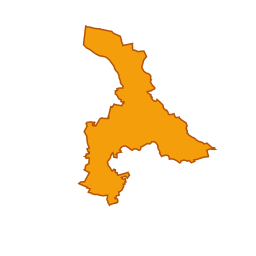 Apahida, Cluj, Romania (Equal Earth projection), rotated 29°
{"feature_id": "2599482B3126144168162", "entity_name": "Apahida", "entity_type": "district", "adm_level": 2, "iso_a3": "ROU", "parent_name": "Romania", "parent_adm1": "Cluj", "projection": "equal_earth", "projection_center": [23.734, 46.787], "detail": "fine", "context": "isolated", "style": "filled", "palette": "amber", "viewbox_px": 256, "rotation_deg": 29, "n_neighbors": 0, "source": "geoboundaries", "source_scale": "gbopen_adm2", "svg_char_len": 5910}
<svg xmlns="http://www.w3.org/2000/svg" viewBox="0 0 256 256"><g transform="rotate(29 128 128)"><path d="M213.5,103.4L211.0,104.4L204.4,103.0L203.3,104.1L202.0,105.0L201.6,105.0L200.9,104.7L199.4,104.6L199.1,104.9L196.9,105.3L194.8,105.5L191.1,104.7L188.1,104.9L184.5,104.7L183.2,103.8L182.1,103.9L181.5,102.0L180.9,101.5L179.7,101.0L179.7,100.4L178.8,99.9L178.8,99.2L178.6,98.4L178.8,97.6L176.2,95.3L174.6,95.3L172.2,95.0L171.1,95.1L169.8,94.7L168.3,94.5L167.6,93.7L165.4,95.3L164.8,95.5L163.9,95.5L161.2,93.2L159.4,95.2L156.8,96.5L155.2,94.7L154.1,94.3L153.6,93.8L153.1,93.7L152.9,94.1L152.5,94.2L150.7,93.6L149.3,93.4L148.7,92.7L148.4,92.1L147.4,91.0L144.1,90.0L139.5,89.0L139.7,89.9L139.6,90.5L139.3,91.0L138.6,91.5L137.0,91.7L134.1,90.6L134.3,89.8L133.8,89.7L133.8,89.3L132.1,89.1L132.3,88.0L128.1,87.6L127.2,87.0L129.8,84.6L129.6,84.6L130.6,83.7L130.6,83.1L131.0,82.7L131.7,81.6L132.1,81.3L132.2,80.1L131.1,79.5L128.5,78.8L126.3,77.4L125.1,76.7L125.0,74.5L124.1,74.6L123.8,73.5L123.2,72.7L123.0,71.9L122.2,71.2L120.7,70.7L118.7,70.7L117.0,71.1L114.2,70.7L112.8,69.6L111.3,68.9L110.3,67.3L109.9,65.2L109.0,62.0L108.9,60.3L109.1,58.7L109.2,58.0L109.7,56.8L108.3,55.5L107.4,55.0L104.5,53.0L103.8,53.7L101.9,54.6L100.3,56.2L99.6,56.2L98.6,56.6L97.7,56.5L96.3,56.7L94.2,57.3L91.3,52.7L91.0,51.9L83.4,58.4L82.8,57.3L81.2,56.3L78.6,53.3L76.8,51.6L76.2,51.5L71.3,52.1L69.5,52.1L68.0,51.8L67.3,51.5L66.3,51.5L65.5,51.8L64.7,52.3L61.0,53.3L60.2,53.7L58.8,53.9L57.5,54.6L54.8,55.0L53.9,55.6L51.2,56.8L48.3,57.7L46.7,57.9L44.3,58.9L43.7,59.4L42.1,59.2L41.6,59.3L48.7,76.7L53.0,78.0L56.9,77.9L62.2,78.7L64.8,78.8L67.8,78.7L72.6,77.1L74.6,76.7L79.0,77.6L83.9,79.9L86.1,81.0L87.5,82.5L88.8,83.4L92.3,84.6L94.3,86.2L95.0,86.9L96.2,88.7L97.5,89.6L98.6,90.6L99.0,91.4L99.6,92.3L102.4,93.4L103.6,94.0L103.6,94.6L104.0,95.7L100.7,97.5L100.4,98.1L99.6,98.6L99.3,98.9L100.0,99.5L99.9,99.7L100.7,100.3L98.9,101.7L99.7,102.7L100.0,103.8L100.5,104.4L101.3,104.4L102.9,104.9L104.6,106.2L105.9,106.8L106.8,106.9L108.1,106.4L108.4,106.6L109.0,108.3L110.8,108.0L111.6,107.0L112.0,107.2L112.1,107.8L111.8,107.6L111.6,107.8L111.8,111.7L110.2,112.0L107.8,113.0L104.2,113.9L104.3,114.8L104.0,117.5L103.6,117.4L103.6,117.9L102.6,117.8L104.6,124.7L105.2,127.5L106.3,127.8L106.3,128.2L106.1,128.5L105.6,128.6L106.0,129.3L105.9,129.4L101.9,131.5L100.4,131.7L100.1,132.3L99.1,133.1L98.9,134.7L98.8,141.1L98.6,141.1L98.6,141.9L97.0,141.8L97.0,142.8L95.5,142.9L95.4,142.2L95.0,141.6L96.3,140.7L95.9,140.4L96.3,139.9L96.3,139.2L95.7,139.2L95.7,139.6L95.5,139.9L92.5,140.6L92.0,141.1L89.6,142.8L89.2,143.9L89.4,144.3L89.3,144.7L90.7,145.4L91.2,146.3L91.1,147.0L91.5,147.5L91.3,151.2L91.6,152.6L92.9,153.2L93.9,154.0L95.8,155.0L98.8,159.6L100.8,161.8L103.8,164.3L102.3,165.9L102.5,166.6L102.9,166.8L103.2,166.8L103.8,167.3L103.9,167.6L104.5,167.6L104.9,168.1L105.5,167.7L106.0,168.2L106.1,168.5L106.4,168.6L106.4,168.8L106.1,169.0L106.4,169.2L106.3,169.4L105.8,169.9L105.6,169.7L104.3,170.9L104.5,171.5L104.9,171.7L105.0,172.1L104.9,172.3L104.7,171.9L104.4,172.0L104.3,172.3L104.6,172.8L104.6,173.0L104.1,173.8L104.4,173.7L105.9,174.1L105.7,174.5L106.2,174.8L106.8,174.5L107.5,173.6L107.7,173.2L107.9,173.3L108.3,173.2L109.1,173.7L110.0,176.2L111.1,178.0L110.5,178.7L110.1,179.7L109.4,180.6L109.3,181.1L109.4,182.3L110.2,184.1L110.3,184.6L109.9,185.8L111.5,185.9L115.9,185.7L116.0,196.1L113.0,198.0L112.0,199.8L111.9,200.5L120.9,199.6L121.0,200.3L124.2,199.6L124.4,201.5L124.3,203.4L125.2,203.4L126.3,202.9L127.2,202.8L128.1,203.0L129.7,202.5L130.6,202.4L132.0,201.9L133.8,200.8L135.7,200.6L136.3,200.3L138.2,199.7L139.7,199.1L141.5,197.4L142.9,196.8L143.2,198.1L143.8,199.1L143.9,200.1L144.5,201.1L145.9,201.8L146.8,203.1L148.9,204.2L149.2,204.5L149.4,204.0L149.9,203.3L152.3,200.7L154.1,199.3L154.1,199.2L154.4,198.9L154.7,198.4L154.4,198.3L154.7,197.9L154.8,197.5L154.4,196.5L153.1,195.2L152.2,195.2L151.5,195.7L151.4,195.8L151.2,195.6L150.9,195.9L150.7,195.7L150.7,195.4L150.4,195.4L151.0,194.1L150.8,192.8L151.9,192.1L152.8,191.0L150.8,188.4L151.4,188.0L151.9,187.2L152.8,185.1L152.6,181.9L152.2,181.1L152.4,180.7L151.0,179.4L152.5,178.6L151.5,176.5L152.2,176.1L151.8,175.9L151.5,175.3L150.2,173.7L149.1,174.9L148.2,175.2L146.2,174.6L149.2,171.4L151.6,172.3L151.6,171.5L152.1,170.5L151.9,169.5L152.2,168.5L149.5,166.8L148.1,168.4L142.1,174.3L140.8,173.2L140.2,172.4L139.2,172.7L138.8,173.1L138.6,173.0L137.1,170.6L136.4,170.8L136.8,171.0L136.7,171.5L136.1,171.3L135.6,171.4L135.4,171.8L135.4,172.1L135.0,173.3L134.1,173.0L132.4,171.9L130.5,170.9L129.2,170.5L128.4,169.8L127.7,168.8L126.6,168.3L126.5,167.9L126.5,166.7L127.1,162.7L126.8,161.6L126.4,160.8L126.5,159.8L126.3,158.7L126.4,158.0L126.9,156.9L129.7,160.4L132.8,159.4L131.4,156.9L130.3,157.0L130.8,155.6L131.5,154.3L132.8,153.0L133.8,152.4L133.0,152.1L132.9,151.4L131.4,151.5L131.4,148.4L132.5,146.4L132.8,146.0L134.0,145.2L135.1,144.7L136.1,145.0L137.7,144.9L139.3,145.3L141.4,145.5L142.6,145.3L142.8,144.8L142.7,144.5L143.8,142.9L144.5,142.8L145.7,142.3L146.5,142.1L147.9,142.3L148.4,142.2L149.1,141.5L149.1,141.1L149.2,140.1L148.5,138.1L149.3,137.4L151.5,133.9L152.2,132.4L154.5,131.5L154.8,130.9L155.2,130.6L155.6,128.4L157.8,127.3L159.4,127.3L160.1,127.8L161.8,128.3L162.6,129.0L163.6,130.6L165.2,132.0L166.6,132.7L167.5,133.7L168.1,134.5L167.9,134.7L169.6,135.6L170.4,136.3L171.3,136.6L171.4,136.2L172.0,135.3L172.9,134.8L174.2,133.4L175.5,132.9L176.5,132.8L177.7,133.4L178.4,133.9L178.7,134.5L179.3,135.2L179.8,134.9L180.4,134.2L183.1,133.1L186.1,133.0L187.7,133.1L190.0,133.5L190.7,132.8L190.3,131.6L190.4,131.0L191.3,130.3L192.1,129.1L194.9,128.2L195.7,128.4L197.3,126.8L200.1,127.7L202.5,124.9L201.2,124.0L201.1,123.9L201.2,123.7L202.5,123.1L209.0,116.2L212.1,114.3L212.2,114.1L211.9,113.6L207.7,109.2L208.5,108.1L210.2,106.5L210.9,106.0L211.6,106.0L212.8,105.2L213.8,104.9L214.4,104.5L214.0,104.5L213.5,103.4Z" fill="#f59e0b" stroke="#b45309" stroke-width="1.5"/></g></svg>